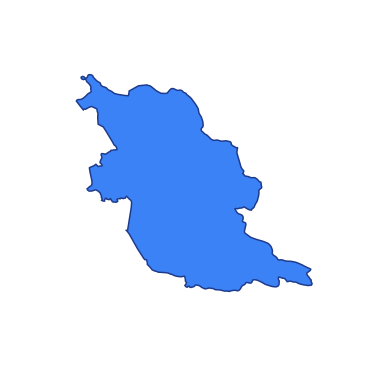 the district of Rabai, Coast, Kenya, rotated 112°
{"feature_id": "3690345B74333595130890", "entity_name": "Rabai", "entity_type": "district", "adm_level": 2, "iso_a3": "KEN", "parent_name": "Kenya", "parent_adm1": "Coast", "projection": "equal_earth", "projection_center": [39.614, -3.885], "detail": "fine", "context": "isolated", "style": "filled", "palette": "blue", "viewbox_px": 384, "rotation_deg": 112, "n_neighbors": 0, "source": "geoboundaries", "source_scale": "gbopen_adm2", "svg_char_len": 6090}
<svg xmlns="http://www.w3.org/2000/svg" viewBox="0 0 384 384"><g transform="rotate(112 192 192)"><path d="M189.5,287.9L190.2,290.1L191.0,290.4L192.0,289.9L193.0,288.9L194.1,288.3L195.7,288.5L197.9,288.6L199.3,288.2L200.0,286.5L200.6,285.4L201.7,285.3L202.2,286.7L202.9,287.8L203.5,288.5L202.3,291.5L204.5,292.9L207.4,295.8L208.1,296.2L212.2,293.7L214.8,291.9L217.8,289.9L220.2,288.4L221.3,288.0L222.2,287.8L223.3,287.7L224.3,288.0L225.3,288.9L226.7,289.6L227.6,290.0L228.3,290.5L229.2,289.7L229.7,288.1L229.4,287.0L228.8,285.6L227.8,284.2L226.3,282.6L226.1,281.5L226.2,280.3L226.5,278.8L227.2,277.0L229.5,274.6L231.1,273.9L231.6,273.1L232.5,272.6L233.6,272.7L233.7,271.1L233.2,269.7L232.5,270.0L231.2,270.0L230.0,269.4L230.5,268.4L230.4,267.3L230.2,266.1L228.7,264.9L229.8,263.8L230.3,262.8L230.9,262.1L230.7,260.9L230.2,259.8L230.0,258.7L229.4,257.9L228.2,257.4L227.1,258.7L226.2,258.1L225.4,257.2L225.3,256.1L224.5,255.9L224.0,254.8L223.9,253.3L223.3,252.7L222.6,251.5L221.5,251.4L220.6,251.1L220.8,250.0L221.7,248.3L222.2,247.1L222.5,245.8L223.2,244.9L224.0,244.3L224.8,243.9L229.2,242.5L230.6,242.2L251.5,237.4L252.2,238.5L252.9,237.0L254.6,234.3L264.9,221.4L270.5,213.5L271.7,211.9L272.4,210.3L271.8,209.0L272.4,208.3L274.8,206.7L275.9,206.3L277.2,203.2L278.0,201.7L279.0,199.9L279.2,198.5L279.2,196.9L278.9,195.0L279.0,193.4L276.4,185.3L276.1,183.7L276.2,181.0L275.9,180.0L276.1,177.3L276.0,176.0L275.9,174.8L275.3,172.3L274.5,169.9L273.6,168.8L273.0,167.3L274.2,166.2L277.2,164.6L278.2,163.1L279.3,163.0L281.3,163.6L281.9,162.6L282.2,161.6L281.9,160.6L281.1,160.3L280.4,159.5L281.0,158.6L280.9,157.2L279.3,155.1L278.4,154.4L277.1,154.1L276.6,153.0L276.3,152.1L276.2,150.7L276.2,149.4L276.8,147.3L276.9,145.6L277.0,144.0L276.5,142.8L274.9,140.6L274.3,139.4L274.1,137.9L273.6,136.5L273.8,133.7L273.3,132.2L272.8,130.8L272.4,129.5L272.2,128.4L271.7,124.8L270.7,122.3L270.5,121.2L270.1,120.0L269.2,119.1L268.5,118.0L267.9,117.1L267.2,115.8L266.8,114.6L266.7,113.5L266.4,112.5L265.7,111.6L265.0,111.4L264.2,111.0L263.5,110.8L261.8,110.7L259.7,110.1L259.1,109.5L258.2,108.6L257.1,108.2L256.3,108.1L255.6,107.7L255.2,106.6L254.8,104.3L254.4,103.3L253.6,102.8L252.7,102.7L251.9,102.7L250.8,102.6L250.0,101.3L249.5,99.7L249.3,98.1L249.5,94.0L250.1,89.8L250.1,88.4L249.7,83.2L249.5,81.9L248.8,79.5L248.4,78.4L247.7,77.6L246.7,76.8L245.5,76.7L244.6,76.8L242.9,77.5L241.9,77.7L241.0,78.8L240.0,79.4L239.2,79.8L238.4,79.7L238.1,78.3L238.1,77.0L238.0,75.8L237.7,74.8L237.6,73.5L238.2,72.2L239.5,70.2L238.9,69.2L238.1,68.1L237.6,67.0L237.6,65.4L237.4,64.0L236.9,62.9L236.6,61.6L236.7,60.4L236.9,59.4L236.8,58.3L236.8,57.0L236.3,54.0L235.2,49.2L233.7,46.5L232.5,46.2L231.6,46.6L231.0,47.4L230.3,48.2L229.2,48.4L228.6,49.1L228.2,50.3L227.3,51.4L226.0,53.9L225.3,54.6L224.5,55.1L223.7,55.0L221.2,53.4L220.2,52.9L219.1,53.0L218.9,54.5L218.8,57.8L218.3,62.8L218.2,68.2L218.4,70.2L218.9,73.0L219.3,74.5L220.6,78.4L221.0,79.9L221.1,82.7L221.6,84.4L222.5,85.8L222.3,87.4L221.4,88.4L220.9,89.3L220.4,90.7L220.3,92.1L219.9,93.1L219.4,94.0L218.7,94.8L217.4,95.0L216.3,95.4L214.7,96.6L213.8,97.4L212.9,98.4L212.3,99.4L211.7,100.6L211.2,101.9L211.1,102.9L211.1,107.4L211.2,108.6L211.8,114.2L212.0,118.7L212.0,119.8L211.9,121.2L210.3,127.3L209.7,128.2L208.9,128.6L208.1,128.8L202.5,129.7L201.5,130.0L200.6,130.9L200.5,132.2L200.6,133.7L199.8,134.4L198.0,134.5L196.7,134.9L195.5,135.7L194.9,136.7L194.6,137.8L194.7,140.4L194.6,141.5L194.2,142.5L192.4,144.9L191.4,145.8L190.7,144.8L190.4,143.3L189.4,142.3L188.6,140.8L188.0,139.7L187.4,139.0L186.7,138.7L186.3,137.7L186.9,134.7L187.0,132.6L186.9,131.5L186.6,130.2L185.8,129.9L184.7,130.0L184.0,129.2L183.1,128.8L179.6,128.7L176.5,128.2L175.5,128.2L170.2,128.9L168.0,129.5L165.3,130.6L164.5,130.4L163.5,129.8L162.3,129.1L161.1,129.3L160.2,130.0L157.1,131.8L157.2,132.9L156.9,133.9L156.4,135.0L155.8,136.0L155.5,137.3L155.2,138.9L155.4,139.9L156.0,141.0L156.6,142.6L156.6,145.7L157.3,148.7L156.8,149.9L156.2,150.7L156.0,151.8L153.7,151.7L152.9,152.1L152.4,153.3L151.8,154.3L150.3,156.1L145.5,159.8L139.9,164.3L138.9,165.0L137.9,165.4L135.9,165.9L134.7,166.1L133.9,166.5L134.3,167.6L134.2,169.0L133.8,171.8L133.3,173.2L131.5,174.4L131.1,175.5L131.3,177.0L131.8,179.7L133.7,183.4L134.1,185.1L134.2,187.3L134.7,188.9L135.4,190.0L136.0,191.1L136.0,192.9L135.8,194.4L134.4,197.5L133.6,199.6L133.5,201.5L132.9,203.2L132.3,204.6L131.9,205.9L131.3,206.6L129.7,207.2L127.8,206.4L127.0,206.4L126.1,206.6L124.6,207.3L122.5,208.5L120.9,209.8L119.0,211.5L116.8,214.4L116.1,215.2L114.1,216.4L112.4,217.6L110.5,219.9L109.0,222.1L105.6,227.6L104.7,229.7L103.7,233.2L102.8,234.6L102.7,237.2L102.3,238.1L101.8,239.2L101.8,240.8L103.2,243.5L103.3,244.7L103.1,246.4L103.1,248.0L103.5,249.1L104.0,249.9L104.8,250.4L105.7,250.8L109.5,252.0L110.4,253.2L112.1,257.6L111.8,260.9L111.4,263.3L109.7,268.8L109.3,270.9L109.6,272.6L109.6,273.9L110.3,275.2L113.4,281.1L114.4,282.1L121.9,288.1L124.1,287.5L126.5,287.1L127.0,288.2L127.8,290.9L129.3,297.6L129.6,299.8L129.7,300.9L129.4,302.1L128.8,304.3L128.7,307.4L128.3,308.8L127.5,310.4L127.4,312.2L127.6,313.5L127.6,314.6L127.3,315.8L126.8,316.7L125.9,317.4L125.1,318.5L124.9,320.9L124.2,322.9L123.5,324.5L122.5,326.5L121.5,327.5L121.1,328.9L121.3,330.2L121.8,331.4L122.6,332.1L124.6,332.1L125.6,332.4L126.5,333.0L126.1,334.3L125.6,335.6L126.0,337.1L127.2,337.8L128.2,337.1L128.5,336.2L128.5,334.9L127.2,333.0L127.9,332.1L128.8,331.3L129.5,330.2L129.8,329.1L130.2,328.1L131.0,327.0L131.6,325.8L132.8,324.9L134.1,324.6L135.0,324.1L136.0,323.4L137.1,323.2L138.1,323.9L139.3,324.8L140.2,325.4L143.0,326.5L146.0,328.1L146.7,328.7L147.5,329.4L148.3,330.6L148.6,331.5L149.1,332.4L149.9,333.1L151.0,333.3L154.0,328.2L156.6,323.5L155.4,323.0L155.1,321.6L152.0,319.2L150.2,316.9L150.4,315.2L150.6,311.3L151.7,310.7L153.1,309.8L154.3,308.6L156.7,307.9L158.5,307.2L164.3,304.4L164.9,298.6L167.9,294.4L172.4,288.4L175.5,284.3L177.5,281.9L178.2,279.5L179.7,278.1L180.8,277.5L181.5,278.5L182.1,279.9L182.9,281.1L183.8,282.8L184.9,283.0L185.6,283.7L186.4,284.3L188.7,285.8L189.5,286.6L189.5,287.9Z" fill="#3b82f6" stroke="#1e3a8a" stroke-width="1.5"/></g></svg>